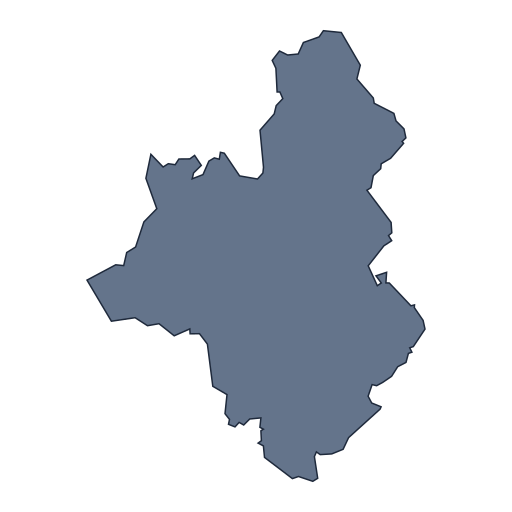 the district of Veles, Veles, North Macedonia
{"feature_id": "65306769B79358437937603", "entity_name": "Veles", "entity_type": "district", "adm_level": 2, "iso_a3": "MKD", "parent_name": "North Macedonia", "parent_adm1": "Veles", "projection": "equal_earth", "projection_center": [21.761, 41.766], "detail": "fine", "context": "isolated", "style": "filled", "palette": "slate", "viewbox_px": 512, "rotation_deg": 0, "n_neighbors": 0, "source": "geoboundaries", "source_scale": "gbopen_adm2", "svg_char_len": 1639}
<svg xmlns="http://www.w3.org/2000/svg" viewBox="0 0 512 512"><path d="M341.3,32.5L323.4,30.7L319.1,36.9L303.4,42.5L298.2,54.0L287.6,55.0L279.5,51.0L272.2,60.4L275.9,68.3L277.1,92.0L279.9,92.0L282.8,98.6L276.2,105.6L274.2,113.9L260.0,130.2L263.5,167.3L262.9,173.0L257.5,179.0L239.6,175.9L224.3,153.2L220.4,152.3L219.3,159.2L214.3,157.9L208.9,161.1L203.0,174.6L192.2,178.8L193.6,172.9L201.3,165.4L194.6,155.4L189.8,158.9L178.9,159.0L175.2,164.7L168.3,163.7L163.1,167.0L150.9,154.3L145.9,178.3L156.8,208.7L143.9,221.9L135.6,247.0L126.7,252.5L123.7,265.6L115.7,264.8L87.0,280.1L111.4,321.2L135.1,317.7L147.5,325.7L159.0,323.7L174.2,335.8L189.8,328.9L190.1,333.8L199.5,333.7L207.4,344.1L212.8,386.3L227.0,394.6L225.0,413.7L229.5,419.4L228.5,424.3L235.0,426.9L239.1,422.4L243.7,425.0L249.7,419.0L260.9,417.9L259.9,427.3L263.4,429.2L260.9,430.8L261.4,440.7L258.1,443.1L263.4,445.9L264.5,457.4L292.4,478.6L298.5,476.5L312.8,481.3L317.7,478.3L314.4,456.6L316.4,451.9L320.2,454.6L331.8,453.9L343.1,449.3L348.6,437.6L380.1,409.1L381.1,406.8L371.7,403.0L368.1,396.2L372.1,384.6L376.6,385.7L382.7,382.4L391.6,376.3L397.7,366.7L406.0,362.4L408.4,353.4L411.9,352.2L409.7,347.8L413.3,346.6L425.0,329.1L423.1,320.4L414.3,307.6L414.5,304.9L410.9,305.8L389.3,283.0L385.9,282.9L386.6,272.3L376.0,275.8L381.3,283.0L377.3,285.7L368.2,265.8L383.9,245.8L391.7,240.7L388.5,235.6L391.8,232.8L391.1,222.4L366.9,190.2L371.0,187.7L373.3,175.6L380.7,168.7L381.2,163.8L390.6,158.3L403.6,143.3L402.1,141.5L405.9,137.9L404.0,128.9L396.0,120.9L393.9,113.4L374.2,103.3L373.3,98.0L356.9,79.0L360.3,65.2L341.3,32.5Z" fill="#64748b" stroke="#1e293b" stroke-width="1.5"/></svg>